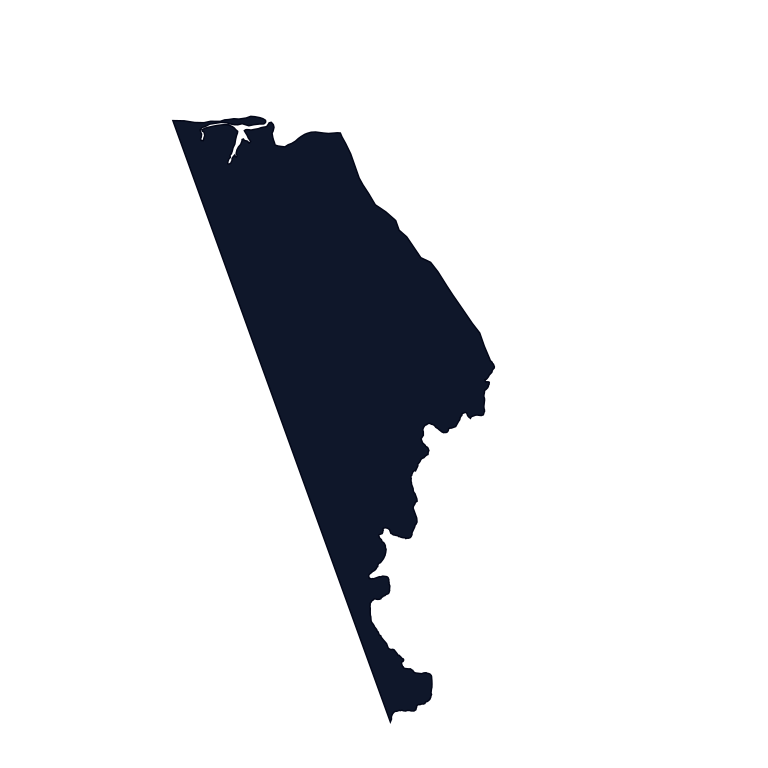 outline of Juan Francisco Bulnes, Gracias a Dios, Honduras, rotated 340°
{"feature_id": "27666195B12686081930969", "entity_name": "Juan Francisco Bulnes", "entity_type": "district", "adm_level": 2, "iso_a3": "HND", "parent_name": "Honduras", "parent_adm1": "Gracias a Dios", "projection": "orthographic", "projection_center": [-84.929, 15.724], "detail": "fine", "context": "isolated", "style": "filled", "palette": "ink", "viewbox_px": 768, "rotation_deg": 340, "n_neighbors": 0, "source": "geoboundaries", "source_scale": "gbopen_adm2", "svg_char_len": 6105}
<svg xmlns="http://www.w3.org/2000/svg" viewBox="0 0 768 768"><g transform="rotate(340 384 384)"><path d="M428.8,133.2L426.1,132.0L422.1,130.9L417.5,129.6L413.2,127.6L405.9,123.8L401.6,122.5L397.5,122.2L394.8,122.3L390.8,123.1L387.6,124.0L383.9,125.5L379.5,126.4L375.8,126.4L372.0,127.3L368.6,125.6L365.8,124.1L363.4,122.2L363.6,119.7L363.6,117.0L363.8,114.4L364.6,110.0L366.2,108.5L368.4,105.2L368.7,102.5L368.2,101.0L367.5,99.5L365.4,99.3L364.1,100.4L363.0,101.1L362.0,101.9L360.8,101.9L358.3,101.4L356.2,101.1L353.2,101.1L348.7,100.3L345.9,99.9L344.1,98.9L342.1,98.0L340.7,97.8L339.4,98.2L339.8,100.4L340.5,103.8L340.6,106.3L341.1,108.1L341.7,110.4L340.6,111.2L339.6,111.5L338.8,109.2L337.7,108.4L336.1,107.4L335.7,105.7L334.3,105.7L333.6,107.2L331.2,109.9L328.3,111.5L325.9,113.7L324.1,116.4L324.1,119.0L323.1,120.2L322.1,119.7L322.2,117.7L320.1,118.8L318.4,120.1L317.7,121.9L315.6,124.0L313.5,124.5L312.5,123.5L313.2,121.9L314.3,120.5L315.2,119.5L317.1,118.5L317.4,116.5L319.3,115.4L321.0,113.3L323.0,110.3L325.9,107.5L328.2,103.4L330.4,100.1L332.1,98.1L332.9,96.5L331.6,94.2L330.9,92.3L329.5,90.2L326.3,87.2L323.4,85.9L319.7,84.9L315.3,83.9L311.4,83.3L307.7,82.8L304.0,82.5L301.9,82.6L299.8,83.0L299.9,84.4L300.9,85.4L300.9,86.8L300.5,89.4L299.3,90.7L298.2,92.4L297.5,93.5L295.4,92.6L295.5,90.9L296.8,89.4L298.1,86.8L297.9,85.0L298.0,82.4L300.5,80.8L305.0,80.8L309.0,80.2L314.1,81.2L320.4,82.5L325.1,84.5L329.3,87.5L332.2,89.2L335.3,90.4L339.8,90.9L345.3,95.1L350.4,95.8L355.9,97.1L360.0,98.5L362.0,97.8L362.7,96.7L362.8,95.6L361.0,93.3L358.5,91.3L354.0,88.6L350.3,86.9L345.4,86.9L338.2,85.4L333.7,83.4L328.2,82.3L324.6,81.3L320.0,81.2L310.8,77.8L304.2,76.9L295.5,73.5L286.3,68.4L275.7,64.3L274.4,703.7L276.4,701.5L276.9,699.8L277.5,698.7L279.1,697.0L280.8,695.9L282.5,695.4L284.1,695.9L286.9,695.9L287.5,696.5L288.6,696.5L289.7,697.0L290.3,697.6L292.5,698.7L294.1,698.7L295.8,699.3L296.9,699.8L297.5,700.4L299.2,701.0L300.3,701.5L302.5,701.0L303.6,699.3L304.2,698.7L304.7,697.6L305.8,697.1L306.9,697.1L308.1,697.6L310.3,697.6L311.4,698.2L313.1,698.2L314.2,697.1L316.4,697.1L318.1,696.5L319.2,696.0L320.8,694.3L321.4,693.2L322.5,692.0L322.5,690.4L324.2,687.0L325.3,685.3L325.9,683.7L326.4,682.5L327.5,679.2L328.1,677.0L328.6,675.3L328.7,674.2L328.1,672.5L327.5,671.9L327.0,671.4L325.9,670.8L324.8,669.7L322.5,669.1L320.3,669.1L315.9,666.9L314.8,666.3L314.2,665.8L313.7,665.2L313.1,663.5L313.1,663.0L312.5,662.4L311.4,660.7L309.8,660.2L306.4,658.5L305.3,657.4L305.3,656.3L304.8,655.7L304.8,652.9L305.3,651.8L305.9,651.2L307.0,651.2L308.1,650.1L308.1,649.0L307.0,647.9L306.4,646.2L305.3,644.0L304.2,643.4L304.2,642.3L302.6,637.3L302.0,636.7L300.9,636.1L299.8,636.1L298.1,634.5L297.6,633.3L297.6,628.9L297.0,627.2L295.9,624.4L294.8,621.1L294.8,619.4L293.7,618.3L293.7,614.9L293.1,613.8L293.1,612.1L292.0,608.8L292.0,607.6L291.5,605.4L290.9,603.7L290.9,602.0L291.5,599.8L292.0,598.1L292.1,596.5L293.2,593.1L294.3,590.3L294.8,588.1L295.4,587.0L296.0,585.3L297.1,584.7L298.2,583.6L298.7,583.6L300.4,583.1L301.5,582.5L302.6,583.1L303.2,583.6L304.3,584.2L306.0,584.7L307.6,584.7L308.7,583.6L309.9,583.6L310.4,583.1L312.6,583.1L313.8,582.5L316.0,582.5L317.1,582.0L317.6,581.4L318.8,579.7L318.8,579.2L320.4,575.8L320.4,573.6L321.0,571.9L321.0,570.8L321.6,569.7L321.6,567.4L321.0,566.3L320.4,565.8L317.1,564.1L314.9,564.1L313.8,563.5L307.7,563.5L306.5,562.9L305.4,562.9L304.3,561.8L303.8,561.8L303.8,559.6L304.3,558.5L304.9,557.9L306.0,557.4L306.6,557.4L307.7,556.8L308.2,556.8L308.8,556.2L310.4,556.2L311.6,555.7L312.1,555.7L312.7,555.1L313.2,555.1L314.9,553.5L315.5,553.5L316.0,552.9L316.0,552.3L317.1,551.2L318.2,550.7L319.4,550.7L320.5,550.1L323.8,547.9L326.6,545.1L327.1,544.0L327.7,543.4L329.4,540.1L329.4,537.8L329.9,536.7L329.9,535.0L329.4,532.8L328.3,531.7L328.3,529.4L327.2,527.2L327.2,524.4L327.7,523.9L331.1,523.9L332.2,522.7L332.7,521.6L333.3,521.1L333.3,519.9L333.8,519.4L336.1,519.4L336.6,519.9L337.7,520.5L338.3,521.1L339.4,522.7L339.4,526.7L340.5,527.8L341.1,528.9L342.2,529.5L343.8,530.6L345.0,531.1L345.5,532.3L346.6,532.8L347.7,533.9L349.4,535.0L351.1,535.6L351.6,536.7L352.7,536.7L354.4,537.3L356.1,537.3L357.2,536.7L358.8,535.1L359.4,533.4L363.9,528.9L365.0,527.2L366.1,526.7L367.8,525.0L368.3,523.3L368.9,521.1L368.9,510.5L370.0,508.8L372.2,507.1L372.8,506.0L375.0,505.5L375.6,503.2L375.6,497.6L375.0,496.0L375.0,494.3L375.6,492.1L375.6,487.6L376.1,485.9L376.1,484.8L376.7,483.1L377.3,482.0L377.3,480.9L377.8,479.8L378.9,479.2L379.5,478.1L381.2,476.4L382.3,475.9L383.4,475.9L383.9,476.4L387.8,472.5L388.4,470.8L389.5,470.3L391.2,469.2L392.9,467.5L394.5,466.9L396.2,466.9L398.4,465.8L400.1,465.3L401.2,465.3L402.3,463.0L403.4,461.9L403.4,459.1L402.9,458.0L401.8,456.9L401.8,455.8L400.1,452.4L400.1,447.9L401.2,447.4L401.8,446.8L403.4,445.7L404.6,442.3L404.6,441.2L405.1,439.6L406.8,437.9L408.5,436.8L410.1,436.8L411.8,436.2L414.0,436.8L414.6,437.9L415.7,438.5L416.8,439.6L417.4,440.7L417.9,442.4L419.6,444.6L420.1,445.7L421.2,447.4L421.8,448.5L422.3,449.1L423.5,450.2L424.0,450.2L425.7,450.8L426.8,450.8L427.9,450.2L428.5,449.6L429.6,448.0L430.7,448.0L432.4,448.5L436.8,448.5L441.3,444.6L442.9,443.5L444.0,441.8L445.1,440.7L446.3,440.2L447.4,438.5L450.7,438.5L451.3,439.0L451.8,439.6L451.8,442.4L452.4,444.1L453.5,445.8L454.0,445.2L455.2,444.6L459.6,444.6L461.3,445.2L462.4,445.8L464.6,446.9L466.8,446.9L468.5,444.6L469.1,444.1L469.6,442.4L469.6,441.3L470.2,439.1L473.0,433.5L473.5,431.8L473.5,430.1L474.1,428.5L475.2,426.8L476.3,424.5L478.0,424.0L480.2,422.9L481.3,421.8L481.3,421.2L481.9,420.6L482.4,420.6L483.5,418.4L483.0,417.8L481.9,417.3L481.3,417.3L480.8,416.7L480.2,416.7L480.2,414.5L481.9,414.5L483.0,413.9L484.7,412.8L485.8,411.7L489.1,410.0L489.7,409.5L490.2,408.4L491.9,407.2L493.0,406.7L493.6,405.6L493.6,402.8L493.0,401.7L493.0,400.5L491.9,398.3L491.9,396.8L491.2,382.8L491.4,368.8L487.7,357.2L482.8,338.1L479.1,324.0L476.7,313.8L473.1,297.1L469.4,285.6L461.8,277.9L455.7,253.6L450.8,244.6L450.9,234.4L444.6,222.9L437.1,212.6L434.7,199.8L432.3,189.6L431.1,181.9L431.4,156.4L430.2,144.9L429.0,137.3L428.8,133.2Z" fill="#0f172a" stroke="#020617" stroke-width="1.5"/></g></svg>